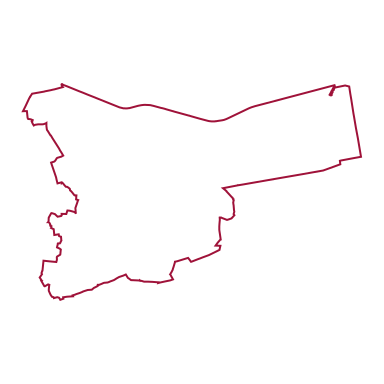 Slampes pag., Tukums, Latvia (orthographic projection)
{"feature_id": "27541924B56593653615616", "entity_name": "Slampes pag.", "entity_type": "district", "adm_level": 2, "iso_a3": "LVA", "parent_name": "Latvia", "parent_adm1": "Tukums", "projection": "orthographic", "projection_center": [23.272, 56.873], "detail": "fine", "context": "isolated", "style": "outline", "palette": "rose", "viewbox_px": 384, "rotation_deg": 0, "n_neighbors": 0, "source": "geoboundaries", "source_scale": "gbopen_adm2", "svg_char_len": 5484}
<svg xmlns="http://www.w3.org/2000/svg" viewBox="0 0 384 384"><path d="M349.2,86.5L345.1,85.5L334.8,87.6L334.3,88.2L334.2,88.6L334.0,88.9L333.9,89.4L333.8,89.9L333.5,90.0L333.3,90.0L332.4,91.8L332.6,92.3L331.1,94.8L331.6,95.1L331.4,95.3L330.8,95.3L330.3,95.3L329.6,94.8L331.0,92.3L331.4,91.3L332.6,89.4L332.8,88.7L333.2,88.0L333.8,87.2L334.8,86.2L334.5,85.2L266.0,103.3L254.9,106.2L252.7,106.9L251.7,107.2L250.4,107.7L248.7,108.4L228.4,118.1L227.3,118.6L226.2,119.1L224.8,119.6L224.0,119.9L222.1,120.3L217.4,121.0L215.7,121.3L215.4,121.2L214.6,121.4L213.0,121.4L211.6,121.4L209.8,121.2L209.0,121.1L207.7,120.8L200.1,118.8L195.5,117.5L189.9,115.9L189.5,115.7L189.2,115.7L173.9,111.5L173.1,111.2L172.9,111.2L165.9,109.2L165.7,109.1L164.0,108.6L162.0,108.1L161.3,108.0L153.2,105.8L151.8,105.5L150.7,105.2L149.9,105.1L148.1,105.0L145.9,104.9L144.8,104.9L143.8,104.9L142.0,105.1L141.2,105.2L139.6,105.5L138.1,105.8L131.4,107.6L129.5,108.1L128.4,108.2L127.0,108.4L125.6,108.4L123.8,108.3L123.3,108.3L121.3,107.8L119.6,107.4L118.1,106.8L98.1,98.8L97.4,98.5L96.1,98.0L95.2,97.6L87.8,94.7L82.7,92.6L79.3,91.3L67.0,86.3L64.3,85.3L62.8,84.7L62.4,84.2L61.7,84.2L61.5,84.7L62.1,86.3L62.8,87.1L55.0,89.2L54.7,89.3L52.7,89.7L50.7,90.2L45.1,91.3L44.1,91.6L37.9,92.7L36.6,92.9L36.2,93.0L32.8,93.6L32.1,93.7L30.6,96.0L30.2,96.5L30.3,96.6L30.1,97.0L29.3,98.1L26.4,104.3L25.6,106.0L23.8,109.6L23.0,111.2L24.8,111.1L26.9,111.1L27.6,117.9L28.2,119.0L29.6,119.1L30.2,119.2L31.0,119.4L32.4,120.0L32.7,120.1L32.5,120.8L32.4,120.8L31.7,121.4L32.6,123.5L33.6,125.2L33.8,125.5L34.3,125.2L35.1,124.8L36.4,124.6L38.3,124.3L39.4,124.3L40.0,124.3L42.6,124.3L43.5,124.2L44.1,124.0L45.2,123.6L46.1,123.2L46.4,123.0L46.4,126.0L46.7,128.3L46.8,129.2L46.9,129.5L47.0,129.8L47.2,130.3L47.9,131.1L48.4,132.0L50.5,135.4L50.9,135.5L52.4,138.1L58.4,147.5L59.1,148.6L59.7,149.8L60.2,150.7L61.5,152.7L63.2,155.6L61.2,156.7L60.1,157.0L57.4,157.8L57.1,158.0L56.8,158.2L56.5,158.6L55.9,159.7L55.5,160.2L55.2,160.7L54.6,161.3L54.2,161.6L51.1,162.6L51.8,164.8L54.0,171.2L55.7,176.2L56.1,177.4L56.5,179.4L57.5,183.4L61.7,182.3L61.8,182.5L61.8,182.8L61.9,182.7L62.5,182.9L62.6,183.0L63.3,183.7L63.8,184.4L65.6,186.5L65.8,186.7L66.0,186.8L66.6,186.8L66.8,186.8L67.0,186.8L68.5,187.7L68.8,188.0L69.7,188.7L69.8,188.8L70.1,190.4L70.8,190.9L72.0,192.2L74.2,195.0L74.4,195.2L75.1,195.5L75.1,195.3L76.4,195.4L76.3,196.3L76.1,199.4L78.2,200.1L77.6,201.4L77.3,202.5L75.4,208.0L75.4,208.3L75.5,209.5L75.6,210.5L75.6,211.4L75.8,212.9L75.5,213.0L75.4,212.8L74.7,212.2L74.1,211.9L70.1,210.8L69.6,210.7L67.4,210.5L66.3,214.0L62.5,213.9L61.6,213.9L61.7,215.1L61.6,215.3L61.6,215.5L61.4,215.8L61.1,216.0L60.7,216.1L57.6,216.7L54.9,214.1L51.7,213.1L51.4,213.1L51.1,213.4L48.8,217.5L48.7,217.9L48.6,220.7L48.5,221.6L48.1,222.1L48.5,222.1L49.6,223.1L50.3,224.5L50.1,224.8L50.2,225.2L50.4,225.9L51.4,226.1L51.4,226.3L51.3,227.7L51.1,228.0L53.7,229.2L54.3,235.0L58.7,234.3L59.1,236.1L60.9,236.8L61.0,236.8L61.2,238.7L61.3,240.2L61.4,240.5L60.7,241.7L60.6,241.9L60.5,242.4L60.3,242.8L59.8,243.4L58.0,243.4L57.9,243.4L57.8,243.5L57.7,244.6L57.1,246.8L57.0,247.4L59.0,248.3L59.5,248.5L60.8,249.5L60.3,254.4L60.2,254.7L57.2,256.5L56.9,256.9L56.8,257.3L56.9,259.2L56.9,259.8L56.8,260.2L56.3,262.0L49.0,261.3L43.5,260.7L42.5,270.4L42.4,270.4L41.5,273.1L42.0,274.2L39.7,277.5L41.6,280.4L41.7,280.5L41.2,280.7L41.3,280.9L41.4,281.0L44.3,286.1L44.8,286.3L45.0,286.2L48.1,284.4L48.8,284.6L48.9,284.8L49.0,284.9L49.3,285.0L49.2,285.3L48.8,289.2L48.8,290.8L49.9,293.3L50.5,294.6L50.6,294.8L52.0,296.8L53.6,297.2L53.7,297.3L53.9,298.1L57.2,297.2L59.0,297.7L59.7,298.7L60.3,299.8L62.0,299.2L63.4,298.7L63.1,297.3L67.1,296.7L73.0,296.3L72.6,295.4L75.5,294.5L76.2,294.1L76.3,294.1L79.7,293.0L81.9,292.1L82.8,291.7L83.0,291.5L87.7,290.0L91.8,289.7L93.9,287.9L94.5,287.6L95.4,287.2L97.5,286.1L97.7,285.1L98.1,285.2L98.2,284.8L99.0,284.9L102.0,283.7L102.8,283.3L104.1,282.8L106.5,282.6L107.1,282.5L107.6,282.5L109.0,282.0L109.9,281.6L110.5,281.3L111.2,281.1L112.0,280.8L113.9,280.1L114.9,279.5L116.6,278.4L119.1,277.0L123.3,275.6L125.8,274.5L126.8,276.1L127.9,277.9L129.3,278.8L131.0,280.1L135.4,280.3L137.3,280.4L139.1,280.5L139.6,280.1L140.2,280.9L141.6,280.9L144.2,281.7L148.7,281.7L152.9,281.9L156.6,282.2L158.5,282.3L158.4,282.7L158.3,283.0L160.2,282.5L165.3,281.4L170.2,280.4L173.0,279.4L170.3,274.5L170.2,274.4L170.3,274.3L170.6,273.5L171.3,272.5L172.0,271.1L172.7,269.8L172.9,268.8L173.5,267.1L174.9,262.4L175.0,261.8L175.0,261.7L177.0,261.3L188.1,257.9L189.6,259.8L191.0,261.8L191.5,261.7L198.4,259.0L199.6,258.6L202.9,257.3L208.9,255.1L219.5,249.9L219.8,248.4L220.4,245.8L215.6,245.6L216.9,243.8L217.7,242.7L220.1,239.9L220.3,239.6L220.7,239.5L220.6,239.0L220.5,238.1L220.2,236.1L219.9,234.0L219.4,230.7L219.3,229.7L219.3,227.3L219.3,226.3L219.5,223.3L219.7,221.1L219.8,220.2L219.8,219.3L219.7,217.8L219.9,217.8L219.9,217.5L221.1,217.5L221.3,217.7L227.0,219.9L228.7,219.4L231.5,218.4L234.4,215.2L233.6,214.1L234.3,211.7L234.0,210.1L233.6,205.2L233.3,203.6L233.3,203.4L233.3,202.8L233.2,202.6L233.6,200.6L233.7,200.3L233.3,199.8L233.5,199.5L233.5,199.4L233.2,199.4L232.7,198.0L232.5,197.7L232.3,197.7L226.7,191.6L226.4,191.3L226.4,191.0L223.0,188.2L237.5,185.4L237.8,185.2L237.9,185.3L238.0,185.3L243.5,184.4L255.5,182.3L280.2,178.0L301.7,174.3L323.2,170.5L340.3,164.3L339.9,160.8L341.0,160.5L354.3,158.0L361.0,156.8L357.9,138.4L355.9,127.8L354.5,119.5L354.1,117.1L353.5,113.8L351.2,99.0L350.3,93.8L349.2,86.5Z" fill="none" stroke="#9f1239" stroke-width="2"/></svg>